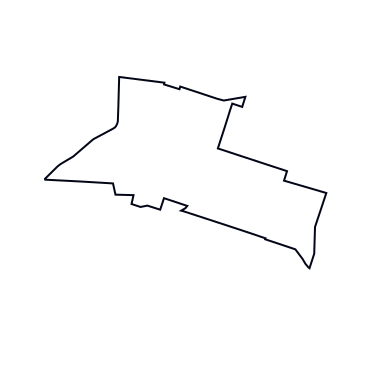 the district of Presidente Perón, Buenos Aires, Argentina, rotated 49°
{"feature_id": "61730980B23857431741611", "entity_name": "Presidente Perón", "entity_type": "district", "adm_level": 2, "iso_a3": "ARG", "parent_name": "Argentina", "parent_adm1": "Buenos Aires", "projection": "robinson", "projection_center": [-58.406, -34.942], "detail": "fine", "context": "isolated", "style": "outline", "palette": "ink", "viewbox_px": 384, "rotation_deg": 49, "n_neighbors": 0, "source": "geoboundaries", "source_scale": "gbopen_adm2", "svg_char_len": 838}
<svg xmlns="http://www.w3.org/2000/svg" viewBox="0 0 384 384"><g transform="rotate(49 192 192)"><path d="M57.4,171.5L78.3,190.7L89.9,201.5L91.0,203.0L91.8,204.6L92.4,206.1L92.7,207.6L92.5,209.6L87.5,231.5L87.4,233.0L87.3,258.3L87.0,260.0L84.9,271.7L84.6,274.0L84.5,276.9L85.6,294.3L86.4,294.7L110.4,269.8L133.7,246.0L143.8,251.5L156.0,238.2L161.4,245.5L169.5,240.7L173.0,234.6L184.5,227.6L178.3,217.2L199.4,204.7L199.9,207.6L199.0,212.4L200.9,211.1L251.7,180.7L275.2,166.9L275.7,167.8L303.1,151.6L315.3,152.5L320.4,153.5L325.1,153.6L326.6,153.3L318.8,140.3L299.1,122.1L280.9,91.3L243.8,115.1L238.6,106.6L215.5,120.4L176.1,143.9L164.9,125.3L158.6,115.0L155.6,110.2L151.7,103.6L160.7,98.3L155.2,89.3L143.8,108.0L138.2,111.8L104.7,131.7L106.2,134.0L92.5,142.5L91.4,141.1L57.4,171.5Z" fill="none" stroke="#020617" stroke-width="2"/></g></svg>